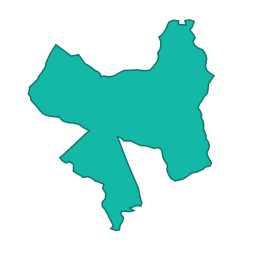 outline of Mucambo, Ceará, Brazil, rotated 261°
{"feature_id": "56859067B98065273797307", "entity_name": "Mucambo", "entity_type": "district", "adm_level": 2, "iso_a3": "BRA", "parent_name": "Brazil", "parent_adm1": "Ceará", "projection": "equal_earth", "projection_center": [-40.762, -3.894], "detail": "fine", "context": "isolated", "style": "filled", "palette": "teal", "viewbox_px": 256, "rotation_deg": 261, "n_neighbors": 0, "source": "geoboundaries", "source_scale": "gbopen_adm2", "svg_char_len": 2231}
<svg xmlns="http://www.w3.org/2000/svg" viewBox="0 0 256 256"><g transform="rotate(261 128 128)"><path d="M213.3,62.7L205.7,57.5L201.2,55.8L198.4,53.4L195.4,50.7L193.3,48.3L190.3,46.4L187.0,42.1L184.0,37.3L180.2,36.3L177.0,34.9L173.8,36.7L170.7,36.6L167.3,38.7L163.9,41.0L159.2,43.6L156.0,45.9L153.9,48.4L152.3,51.8L151.0,56.0L149.4,61.9L145.1,64.7L142.7,69.8L141.3,75.3L139.7,79.3L137.5,82.3L135.1,84.2L131.5,89.3L111.7,60.0L109.2,56.0L105.9,58.1L103.1,61.3L103.9,64.9L101.0,68.4L97.4,68.0L94.0,67.2L91.0,70.4L88.6,73.7L86.3,75.9L86.2,81.0L83.8,84.8L80.9,87.3L78.8,91.3L76.2,95.3L72.6,93.6L70.0,94.5L67.1,95.8L61.8,94.6L58.7,90.9L54.7,90.3L51.1,92.5L46.4,94.4L42.3,95.4L37.9,97.0L33.6,98.2L31.3,95.3L28.9,99.8L28.7,103.5L33.3,105.1L36.7,108.1L40.4,109.5L44.3,107.2L46.8,108.9L45.1,116.9L45.5,120.9L48.7,117.2L50.1,124.9L48.9,128.6L52.3,129.9L56.8,129.2L59.9,129.0L66.7,128.8L90.1,122.9L96.0,121.5L121.0,116.2L119.3,119.5L116.0,121.9L114.7,128.8L111.9,132.9L108.7,137.7L107.5,143.1L105.9,146.5L103.9,150.5L104.0,155.1L100.9,158.0L94.4,157.8L89.5,159.2L84.9,161.3L80.5,159.8L76.6,160.6L73.6,161.5L70.9,163.1L68.3,166.5L69.1,174.7L71.0,178.9L73.5,183.8L73.8,189.0L75.4,195.3L77.4,198.6L77.6,203.0L80.3,205.0L84.7,203.3L88.5,202.3L91.4,202.0L94.0,204.0L97.1,205.5L101.5,205.2L105.2,203.3L108.0,203.8L112.0,203.2L115.4,202.4L118.9,203.2L122.8,203.3L126.2,202.0L129.9,202.8L134.0,201.8L137.1,200.2L140.6,202.4L142.8,204.7L146.4,207.5L150.3,211.9L153.9,213.2L158.6,214.2L162.7,217.8L166.1,221.1L169.3,217.6L172.4,214.9L176.9,214.0L181.2,215.6L184.7,216.6L188.2,216.0L191.3,215.2L193.7,213.6L196.4,209.3L199.6,206.6L203.3,205.7L206.4,208.3L209.4,207.5L212.5,205.9L215.0,204.3L217.9,207.3L222.9,210.0L225.2,205.6L225.0,201.0L220.7,201.4L222.3,194.1L225.9,194.7L227.3,189.6L226.4,185.4L224.0,183.4L221.0,181.8L216.8,178.3L214.6,176.0L213.1,172.8L209.0,173.8L204.2,173.4L200.2,171.7L197.7,169.2L193.9,169.3L190.4,168.1L187.3,165.3L184.3,162.1L181.5,158.5L182.2,152.4L183.9,146.5L184.7,139.7L185.4,133.3L184.1,128.6L181.8,123.3L181.4,117.8L183.0,112.6L183.1,109.0L185.9,109.0L188.3,107.1L190.0,104.3L193.1,101.6L195.7,98.9L198.5,95.4L208.2,90.6L207.8,83.3L221.5,69.8L213.3,62.7Z" fill="#14b8a6" stroke="#0f766e" stroke-width="1.5"/></g></svg>